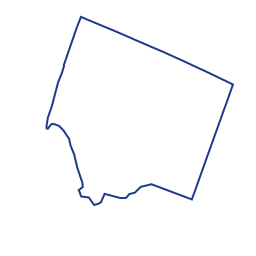 the district of Sussex, Delaware, United States of America, rotated 203°
{"feature_id": "52423323B18332977345719", "entity_name": "Sussex", "entity_type": "district", "adm_level": 2, "iso_a3": "USA", "parent_name": "United States of America", "parent_adm1": "Delaware", "projection": "orthographic", "projection_center": [-75.391, 38.706], "detail": "fine", "context": "isolated", "style": "outline", "palette": "blue", "viewbox_px": 256, "rotation_deg": 203, "n_neighbors": 0, "source": "geoboundaries", "source_scale": "gbopen_adm2", "svg_char_len": 1264}
<svg xmlns="http://www.w3.org/2000/svg" viewBox="0 0 256 256"><g transform="rotate(203 128 128)"><path d="M45.0,151.3L45.2,154.3L45.3,155.9L45.4,157.6L45.4,158.1L45.8,165.5L46.0,167.8L46.4,175.9L46.8,181.8L47.1,188.6L47.6,197.0L47.7,198.4L48.4,209.0L55.6,209.4L56.3,209.5L60.2,209.6L64.7,209.8L73.0,210.2L74.3,210.3L75.3,210.4L76.7,210.3L79.2,210.5L82.8,210.6L83.0,210.6L89.6,210.8L92.4,210.9L92.8,210.9L97.5,211.1L98.3,211.1L103.7,211.3L104.1,211.3L116.7,211.6L117.7,211.6L121.3,211.7L125.4,211.8L125.8,211.8L131.6,211.8L135.5,211.8L139.3,211.8L156.9,211.9L160.1,212.0L162.1,212.0L174.4,212.1L179.5,212.1L190.7,212.0L204.2,211.9L209.3,211.9L210.2,211.9L210.6,211.9L213.5,211.9L213.8,211.9L214.7,211.9L214.4,200.3L211.6,160.4L211.4,160.2L211.1,160.0L210.3,152.3L210.2,142.8L206.5,117.4L206.3,113.5L205.8,106.3L203.8,98.0L202.7,95.8L201.5,96.1L200.1,101.6L197.7,102.7L192.4,103.0L186.0,100.4L185.6,100.0L178.0,95.0L177.9,94.9L174.1,89.5L167.2,82.6L159.2,71.7L148.7,59.9L146.6,56.2L149.1,51.4L146.8,49.6L146.7,49.2L144.3,46.7L136.9,48.7L129.1,43.9L125.9,46.5L123.9,48.8L123.8,58.2L107.4,60.6L102.4,63.0L101.0,67.7L96.4,71.2L93.3,78.8L84.4,85.4L41.3,87.2L41.5,89.8L41.8,96.5L42.5,108.4L43.7,128.2L45.0,151.3Z" fill="none" stroke="#1e3a8a" stroke-width="2"/></g></svg>